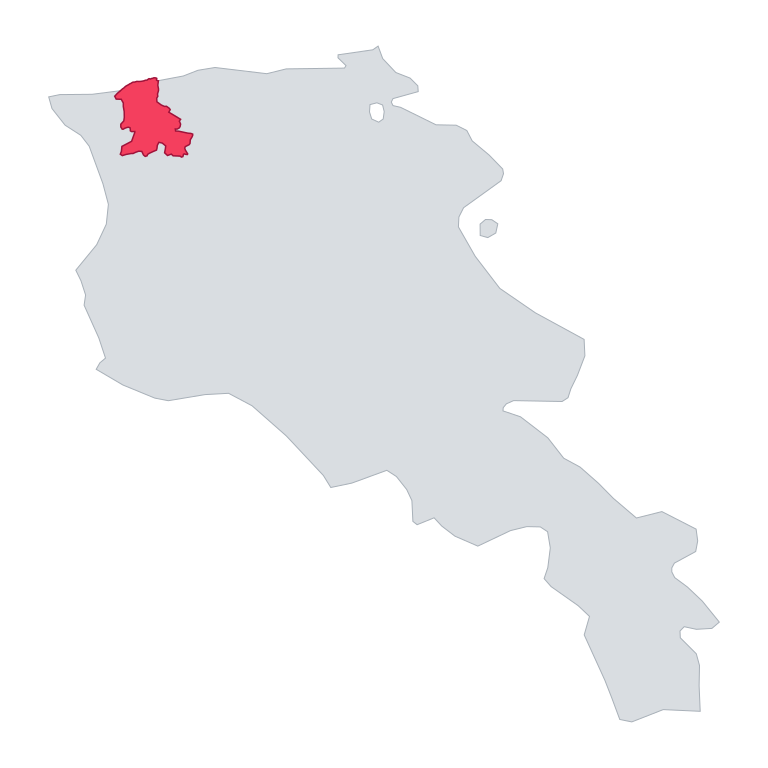 location of Ashotck, Shirak, Armenia
{"feature_id": "60910142B98971197356492", "entity_name": "Ashotck", "entity_type": "district", "adm_level": 2, "iso_a3": "ARM", "parent_name": "Armenia", "parent_adm1": "Shirak", "projection": "equal_earth", "projection_center": [43.919, 41.033], "detail": "fine", "context": "in_parent", "style": "filled", "palette": "rose", "viewbox_px": 768, "rotation_deg": 0, "n_neighbors": 0, "source": "geoboundaries", "source_scale": "gbopen_adm2", "svg_char_len": 3682}
<svg xmlns="http://www.w3.org/2000/svg" viewBox="0 0 768 768"><path d="M330.8,487.5L323.4,475.5L286.4,436.0L252.1,405.8L228.6,393.3L205.0,394.6L168.3,400.7L154.8,398.1L122.9,385.0L96.2,369.3L99.9,362.8L105.5,358.1L98.8,337.9L84.1,305.2L85.6,295.0L81.0,280.8L75.8,270.2L96.7,244.7L106.3,224.2L108.4,204.3L102.9,183.6L89.2,146.2L80.8,135.3L65.1,125.2L52.0,108.6L48.7,96.9L59.8,94.6L92.1,94.3L123.4,90.3L147.9,82.6L183.3,76.0L197.9,70.3L215.0,67.5L266.8,73.7L286.2,68.9L344.5,68.1L346.0,65.6L338.0,57.8L338.1,54.8L372.8,49.8L378.1,46.1L382.7,58.6L395.8,72.5L410.1,78.1L417.8,85.8L418.2,91.6L393.0,98.6L391.3,102.1L393.0,105.6L400.5,107.3L436.0,124.8L456.2,125.2L466.8,130.5L472.2,140.9L489.2,155.1L502.7,169.0L503.5,173.7L501.1,180.7L463.6,207.7L458.9,217.0L458.4,226.9L475.2,256.3L499.8,288.4L535.3,312.8L584.1,339.4L584.9,355.8L577.4,375.4L570.9,388.7L568.0,397.7L562.1,401.5L513.6,400.6L506.4,403.8L503.2,407.7L503.0,410.9L520.5,416.8L547.8,437.8L563.7,458.2L580.1,467.1L598.5,483.3L613.4,498.4L636.4,518.0L661.9,511.6L696.1,529.1L697.7,540.9L695.7,551.5L674.4,563.1L671.8,567.9L671.8,571.9L674.7,577.6L687.4,587.0L702.3,601.1L719.3,622.1L711.9,628.4L696.4,629.3L684.2,626.7L680.0,631.0L680.3,637.8L696.3,653.8L699.5,665.5L699.1,685.7L700.2,711.3L663.2,709.6L631.8,721.9L619.8,719.5L611.7,697.7L604.8,680.1L584.2,634.9L589.5,616.4L578.2,605.7L551.1,586.6L544.1,578.6L547.8,567.7L550.3,547.9L547.6,531.7L540.3,526.9L526.8,526.6L510.5,530.6L477.8,546.1L455.0,536.2L441.8,526.1L434.1,517.8L417.1,524.7L412.9,521.4L411.9,500.6L406.7,489.5L396.4,476.5L386.8,470.3L351.8,483.1L330.8,487.5ZM383.2,119.0L384.2,111.6L382.6,105.0L376.9,102.8L370.0,104.6L369.5,112.0L371.7,119.0L378.7,122.2L383.2,119.0ZM495.8,233.0L487.8,237.6L480.2,235.5L480.1,224.1L485.5,219.5L491.8,219.7L497.8,223.8L495.8,233.0Z" fill="#d9dde1" stroke="#a8b0b8" stroke-width="1"/><path d="M192.7,134.1L190.8,133.4L188.3,133.2L187.6,133.1L178.8,131.2L175.6,131.0L175.3,129.0L177.1,129.1L179.3,127.9L180.1,126.5L180.6,124.1L180.1,122.9L179.7,121.9L179.3,121.2L180.6,119.3L168.8,112.2L170.2,109.7L169.4,108.4L166.5,106.3L164.4,106.4L161.3,105.0L156.9,101.8L156.7,98.1L157.8,96.4L157.5,94.0L158.5,90.6L158.5,88.8L157.8,85.3L158.4,80.8L157.6,80.7L156.9,80.4L156.5,80.1L156.5,79.6L156.8,78.8L156.7,78.3L156.3,78.1L155.5,77.9L154.8,77.8L154.2,77.8L153.5,77.9L152.7,78.3L151.9,78.4L151.2,78.6L150.7,78.9L150.1,79.0L149.3,78.7L148.9,78.7L148.5,79.0L147.6,79.6L147.0,80.1L146.1,80.2L145.3,80.2L144.3,80.7L143.5,80.9L142.0,81.2L140.5,81.4L138.8,81.5L137.7,81.4L136.6,81.4L136.2,81.6L135.2,81.9L134.4,82.1L133.6,82.1L132.8,82.2L131.9,82.7L130.9,83.4L130.0,83.7L129.0,84.4L127.2,85.4L125.9,86.1L124.7,87.1L124.0,87.8L123.6,88.2L122.7,88.7L121.9,89.4L120.8,90.4L120.4,90.6L120.1,91.2L119.5,91.5L118.1,92.7L117.1,93.6L115.6,95.3L115.4,95.4L115.1,95.9L114.7,96.2L116.2,99.1L121.3,99.3L122.0,100.7L123.3,102.9L123.3,106.5L124.2,111.5L124.3,117.3L124.1,118.8L123.8,120.9L120.8,124.2L120.8,127.0L122.2,129.2L123.3,129.2L124.7,128.3L126.9,127.5L128.3,127.2L130.0,127.7L130.3,129.1L130.3,130.8L131.5,131.6L134.8,131.5L134.8,132.4L131.6,141.3L121.9,146.4L121.4,151.4L120.3,154.2L122.3,155.6L126.2,154.4L131.2,153.5L133.1,153.5L135.6,152.3L138.7,151.2L141.8,151.4L143.5,155.0L145.2,156.4L147.1,155.8L147.6,154.4L149.3,153.3L153.2,151.5L156.5,150.1L157.0,148.2L157.3,145.4L158.9,142.3L162.3,143.1L165.7,145.9L165.4,148.6L164.6,152.8L167.5,155.5L171.3,154.1L173.1,155.8L179.9,156.1L181.5,157.1L182.9,156.6L183.5,154.3L184.3,153.9L185.8,154.4L187.4,154.5L187.7,153.9L185.4,150.1L184.7,148.1L185.3,146.6L189.1,144.7L190.0,143.5L190.3,139.8L192.0,137.0L192.5,135.8L192.7,135.3L192.7,134.1Z" fill="#f43f5e" stroke="#9f1239" stroke-width="1.5"/></svg>